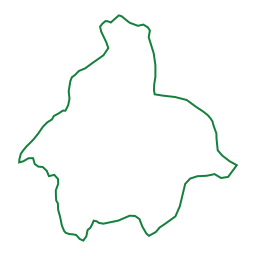 Labe, Labé, Guinea (Robinson projection)
{"feature_id": "49546643B62226026687736", "entity_name": "Labe", "entity_type": "district", "adm_level": 2, "iso_a3": "GIN", "parent_name": "Guinea", "parent_adm1": "Labé", "projection": "robinson", "projection_center": [-12.343, 11.413], "detail": "fine", "context": "isolated", "style": "outline", "palette": "green", "viewbox_px": 256, "rotation_deg": 0, "n_neighbors": 0, "source": "geoboundaries", "source_scale": "gbopen_adm2", "svg_char_len": 1608}
<svg xmlns="http://www.w3.org/2000/svg" viewBox="0 0 256 256"><path d="M228.1,176.9L236.8,165.2L229.7,161.3L222.2,155.5L217.7,150.3L216.5,138.1L216.4,133.5L213.6,125.7L212.5,121.5L210.7,118.6L207.8,115.2L203.1,111.5L196.0,106.8L186.7,100.0L175.0,97.0L162.6,95.6L154.7,94.3L154.0,90.5L154.2,84.5L155.4,76.8L155.4,65.2L153.7,53.3L148.7,37.2L149.9,30.6L147.9,27.4L143.4,24.6L137.9,25.8L129.8,22.8L127.5,21.1L121.7,16.3L118.8,15.4L110.8,22.5L110.2,22.1L108.1,21.5L107.1,21.1L106.5,21.3L105.4,21.1L102.4,23.7L100.1,26.6L101.1,31.4L106.3,42.3L108.3,48.1L103.5,55.2L96.5,60.2L93.3,62.4L85.1,68.4L79.0,70.9L74.7,75.2L71.8,77.3L70.3,81.3L68.7,91.3L69.5,98.7L68.2,105.2L65.9,109.8L65.4,110.7L62.9,110.6L58.2,113.7L53.8,116.0L51.9,119.5L49.2,121.1L47.1,122.5L43.2,126.4L42.3,127.6L38.2,133.6L33.6,139.3L30.0,143.0L26.4,146.5L22.6,151.2L20.8,153.9L19.4,159.2L19.2,162.4L20.7,162.0L23.3,161.3L28.6,158.2L33.1,158.2L34.7,164.0L38.3,166.6L42.7,167.0L46.8,170.9L48.9,176.1L54.3,174.9L58.0,179.0L58.2,183.8L55.8,190.4L55.9,195.0L56.2,200.4L57.9,203.5L58.1,209.6L59.3,214.0L60.0,216.4L61.0,221.1L61.6,224.4L62.2,226.4L64.1,230.9L65.7,232.8L69.4,234.1L72.6,234.3L76.2,235.0L78.5,237.6L79.6,238.9L83.3,240.6L86.3,236.4L87.6,230.0L90.4,227.7L92.4,223.8L93.7,220.7L96.7,221.3L98.9,222.9L103.3,223.7L118.3,220.6L129.7,215.7L135.1,216.0L139.4,219.0L142.3,226.5L146.4,233.6L149.0,235.8L155.7,232.1L159.0,228.3L159.2,227.8L165.4,223.6L171.8,219.0L175.4,216.4L179.8,206.3L182.4,195.5L185.2,183.9L190.1,178.6L197.5,176.2L206.4,175.8L210.0,175.1L214.5,174.1L221.1,178.0L228.1,176.9Z" fill="none" stroke="#15803d" stroke-width="2"/></svg>